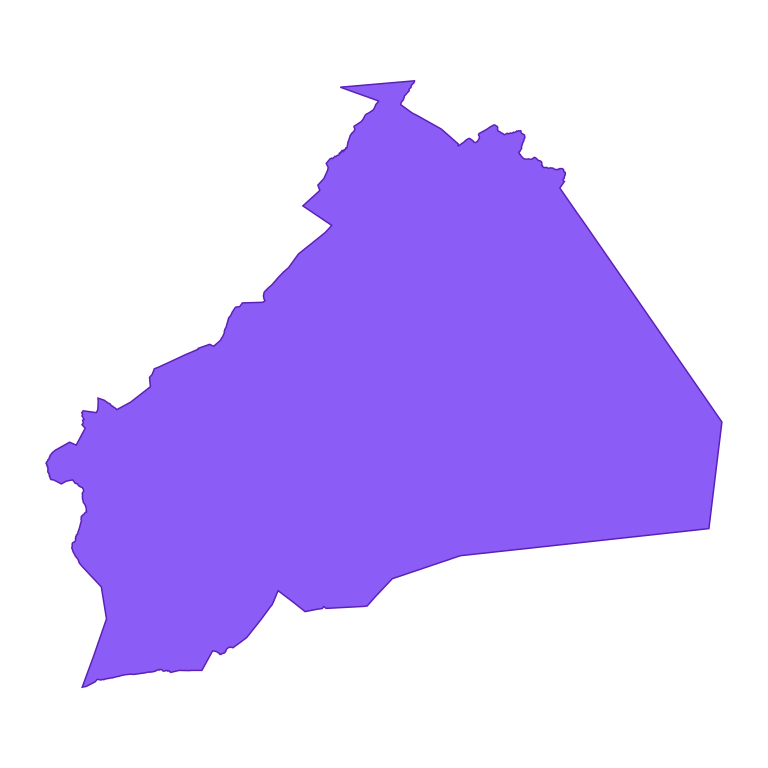 the district of Grong nor, Nord-Trøndelag, Norway
{"feature_id": "86288312B93862258107530", "entity_name": "Grong nor", "entity_type": "district", "adm_level": 2, "iso_a3": "NOR", "parent_name": "Norway", "parent_adm1": "Nord-Trøndelag", "projection": "orthographic", "projection_center": [12.349, 64.529], "detail": "fine", "context": "isolated", "style": "filled", "palette": "violet", "viewbox_px": 768, "rotation_deg": 0, "n_neighbors": 0, "source": "geoboundaries", "source_scale": "gbopen_adm2", "svg_char_len": 5936}
<svg xmlns="http://www.w3.org/2000/svg" viewBox="0 0 768 768"><path d="M721.9,422.0L583.1,221.4L577.5,213.6L560.0,188.3L559.8,188.1L564.4,181.5L563.9,181.3L563.4,180.6L563.1,180.0L563.1,179.3L564.2,178.3L564.5,176.3L565.3,174.7L565.1,174.0L565.4,173.0L565.3,172.6L565.0,172.2L563.8,171.7L563.7,170.0L563.3,169.3L562.0,168.6L561.2,168.5L560.2,168.7L559.2,168.6L558.1,169.7L557.2,169.4L555.7,169.6L554.1,169.0L553.4,168.3L552.0,168.0L550.3,167.9L548.8,168.2L547.7,168.1L546.7,167.4L543.8,167.6L542.8,166.9L542.5,165.8L541.7,165.4L541.6,165.2L541.9,164.4L541.8,162.7L541.3,161.6L540.2,160.9L538.1,160.3L536.8,158.8L535.2,157.6L534.2,157.4L532.8,158.6L530.8,159.5L529.0,158.9L525.7,159.2L524.0,158.7L522.6,157.7L521.7,156.5L520.8,155.7L520.4,154.7L519.7,154.3L519.6,153.7L518.8,152.7L519.1,152.1L519.9,151.4L520.6,149.8L521.5,148.7L521.6,148.1L521.5,147.3L521.5,146.7L523.0,142.3L523.8,140.9L524.1,139.1L524.8,138.0L524.9,136.9L524.6,136.2L524.5,135.0L522.1,133.6L521.3,132.8L521.0,132.1L520.9,130.9L520.7,130.7L519.8,131.1L518.9,130.7L518.0,131.1L516.6,131.1L515.6,132.1L514.3,132.5L513.6,132.2L511.9,133.3L510.6,133.0L508.6,133.7L507.3,133.3L504.5,134.7L503.9,134.5L502.4,133.3L501.4,133.0L499.6,131.6L498.3,131.3L498.0,130.4L497.7,130.2L497.5,129.3L497.7,127.7L497.3,126.5L496.1,125.9L495.3,125.2L494.0,124.9L490.2,126.9L486.3,129.6L479.1,133.5L478.7,134.2L478.5,134.9L479.3,136.4L479.4,138.0L478.3,140.0L477.4,141.3L476.2,142.3L475.4,142.5L474.2,142.3L473.1,140.9L470.1,138.7L469.2,138.4L468.6,138.6L466.2,139.9L463.7,142.3L462.2,143.2L459.4,145.4L458.3,145.8L458.0,145.6L458.5,144.7L458.4,144.1L441.4,129.1L416.2,115.0L412.0,112.9L400.7,104.6L400.7,104.3L400.9,103.5L401.5,102.0L403.3,99.9L404.4,96.7L404.4,96.1L404.5,95.7L404.9,95.3L405.7,94.8L407.5,92.5L409.0,91.1L409.2,90.5L408.9,89.6L409.0,89.2L411.0,87.4L411.2,86.6L411.2,85.9L411.4,85.3L414.0,82.7L414.5,81.2L414.5,80.8L340.3,87.2L378.6,101.0L378.2,101.8L376.2,104.0L375.5,105.2L375.0,106.7L373.9,108.9L373.2,109.9L369.3,112.6L366.2,114.2L365.1,115.4L363.0,119.4L361.1,121.7L354.1,126.2L354.0,127.0L354.8,128.8L354.9,129.4L353.7,131.6L351.9,133.1L350.1,135.8L349.6,137.8L349.1,138.8L349.1,139.4L348.9,140.0L348.1,141.6L347.0,147.2L347.1,147.6L346.8,148.1L346.4,148.2L345.7,148.0L345.4,149.2L345.0,149.7L344.5,149.7L344.1,150.4L344.1,150.0L343.7,150.1L343.8,150.3L343.4,150.5L342.9,150.4L342.5,150.8L341.9,150.6L341.7,151.1L342.1,151.2L341.3,151.5L341.0,151.9L341.1,152.3L340.5,152.3L340.1,152.7L340.2,152.8L339.6,153.2L340.1,153.4L339.5,153.9L338.7,155.1L337.3,155.4L335.9,156.4L334.8,156.4L334.5,156.9L332.8,158.5L331.7,158.1L330.0,158.9L326.2,163.4L328.2,167.5L327.6,170.3L323.9,178.5L317.9,185.1L319.8,190.5L302.8,205.9L331.6,225.3L330.0,227.4L325.0,232.7L298.5,253.9L288.5,267.7L283.4,272.1L278.5,277.2L271.9,284.8L268.0,288.2L264.2,292.1L263.4,295.9L264.0,298.9L265.0,300.8L262.8,302.3L242.4,302.9L239.7,306.6L235.5,307.2L232.2,312.2L230.8,315.4L228.7,317.8L226.1,327.1L224.8,329.5L224.3,331.3L224.3,332.9L222.7,336.5L221.2,338.7L220.7,340.1L213.6,346.3L209.7,344.3L198.1,348.4L198.0,349.3L185.6,354.6L159.1,366.9L154.3,368.8L152.2,374.4L149.5,377.4L150.4,386.7L130.7,402.1L116.9,409.6L116.1,408.8L114.8,407.8L113.3,407.0L112.8,406.2L111.7,406.0L109.9,403.8L108.1,403.0L104.2,400.2L98.0,398.1L98.2,402.1L98.1,404.2L97.9,407.9L98.0,408.3L97.4,410.6L96.3,412.6L83.2,410.8L81.7,412.8L82.6,413.9L82.0,416.0L83.3,417.9L84.0,419.6L82.6,420.1L83.3,423.1L82.0,424.7L85.2,428.2L76.2,445.1L69.6,442.2L55.3,450.2L52.2,452.7L51.9,453.3L50.1,455.4L50.0,456.6L49.4,457.1L49.2,458.2L48.7,459.3L48.0,459.6L47.4,461.5L46.9,461.7L46.4,462.4L46.1,463.4L46.8,464.2L46.6,465.0L46.9,465.2L46.9,465.5L47.2,465.9L47.5,466.0L47.5,467.3L47.9,467.5L48.0,468.0L47.8,469.3L48.1,469.5L48.1,469.8L47.7,471.1L47.9,472.2L48.7,472.9L48.8,473.3L48.7,473.6L49.1,474.1L49.3,475.0L49.6,475.3L49.3,475.5L49.3,475.9L50.8,479.5L53.8,480.0L61.3,483.9L66.4,481.1L72.6,479.9L75.2,483.3L75.6,483.5L76.4,483.5L77.4,484.0L78.0,484.6L78.1,485.1L78.3,485.4L79.9,486.6L81.4,487.2L82.6,487.9L83.2,489.3L83.5,489.6L83.6,490.2L83.5,491.6L82.9,492.2L82.3,493.2L82.5,495.4L82.4,497.3L82.5,498.9L82.9,500.0L83.3,501.7L83.3,502.5L84.0,503.2L84.8,504.4L85.9,506.9L86.0,507.6L86.3,509.0L86.2,511.0L86.6,511.6L86.6,512.0L85.8,512.2L85.1,512.7L83.9,514.2L83.0,514.8L81.3,516.5L81.2,517.1L81.4,517.6L81.0,519.4L81.1,519.8L81.5,520.5L81.4,520.7L81.0,521.9L79.4,528.1L77.6,533.4L77.5,533.8L77.6,534.0L76.4,535.0L76.4,535.4L76.3,535.6L76.3,536.0L75.6,537.0L75.7,537.7L75.4,538.6L75.6,539.0L75.5,540.1L75.0,541.6L74.6,541.9L73.9,542.0L73.1,542.7L72.8,542.7L72.4,543.2L72.1,544.3L72.3,545.1L72.2,545.7L72.2,546.3L71.9,547.3L71.7,547.9L72.1,548.5L72.6,550.4L73.3,552.2L74.9,554.9L75.3,556.1L76.1,556.9L76.5,557.6L77.9,559.1L79.3,563.0L81.9,566.2L101.3,586.9L106.5,618.9L93.4,656.7L82.2,687.2L86.3,686.4L95.3,681.7L97.3,679.3L101.0,680.0L103.0,679.3L103.5,679.7L104.4,679.5L105.0,678.9L106.2,678.9L111.8,677.8L112.5,677.9L115.6,676.9L119.1,676.3L120.6,675.7L124.2,674.9L129.9,674.2L134.0,674.4L145.4,672.8L147.6,672.2L151.8,672.0L154.4,671.4L155.7,671.0L156.7,670.3L157.2,670.3L157.7,669.9L159.3,669.5L159.5,669.6L159.3,669.8L159.4,670.0L160.3,669.5L161.6,669.7L162.2,670.0L162.7,670.7L163.4,671.1L164.8,671.0L166.3,670.5L166.9,670.4L167.7,671.1L168.6,670.7L168.7,670.9L169.1,671.0L169.8,671.7L170.1,671.8L170.7,672.4L179.2,670.4L189.1,670.6L191.7,670.4L201.9,670.4L212.6,650.9L216.4,651.5L218.2,652.8L219.2,653.2L219.2,653.6L220.1,654.5L221.3,654.2L222.8,653.3L223.9,653.2L224.6,652.8L225.1,652.2L225.3,651.6L225.9,651.2L225.9,650.3L226.1,649.9L226.5,649.7L226.7,649.0L227.1,648.5L230.1,646.9L231.0,647.4L232.3,647.4L232.9,647.8L246.7,637.6L261.2,619.3L269.7,607.7L272.0,604.9L273.7,601.3L278.1,590.7L294.8,603.4L305.1,611.6L317.5,609.2L322.3,608.5L323.6,606.7L324.6,607.0L326.0,608.4L363.8,606.4L367.1,606.0L375.5,596.5L392.3,578.7L460.4,555.7L594.5,541.1L708.9,528.6L721.9,422.0Z" fill="#8b5cf6" stroke="#5b21b6" stroke-width="1.5"/></svg>